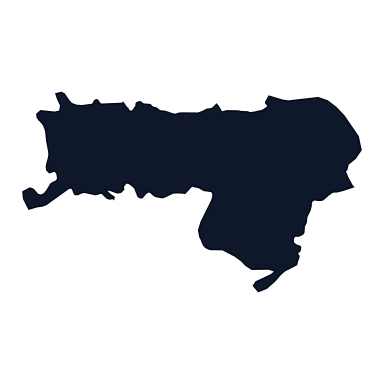 Sremski, Albers equal-area conic projection
{"feature_id": "SRB-281", "entity_name": "Sremski", "entity_type": "District", "adm_level": 1, "iso_a3": "SRB", "parent_name": "Republic of Serbia", "parent_adm1": "", "projection": "albers", "projection_center": [19.679, 44.916], "detail": "fine", "context": "isolated", "style": "filled", "palette": "ink", "viewbox_px": 384, "rotation_deg": 0, "n_neighbors": 0, "source": "natural_earth", "source_scale": "10m", "svg_char_len": 4609}
<svg xmlns="http://www.w3.org/2000/svg" viewBox="0 0 384 384"><path d="M75.2,194.5L73.9,192.8L73.0,189.8L71.5,187.7L68.4,188.5L46.0,204.6L42.0,206.0L36.9,206.7L28.9,209.1L23.7,198.8L23.0,191.8L29.8,188.1L33.1,189.2L38.0,194.7L41.7,195.2L44.6,193.4L46.9,190.5L50.9,183.9L53.2,182.4L56.1,181.2L57.9,178.7L56.9,173.3L54.7,170.8L49.6,172.7L46.9,170.2L46.4,166.7L47.3,162.4L48.5,158.2L49.1,154.9L48.8,151.3L46.8,140.9L46.0,132.5L45.2,129.1L43.4,124.7L41.6,122.5L39.1,120.0L37.2,117.3L36.9,114.1L40.7,110.8L54.5,112.3L59.8,111.2L60.8,105.6L57.7,99.0L56.0,93.8L61.5,92.5L64.4,94.1L69.0,100.9L71.6,103.6L76.3,105.4L81.6,105.8L91.9,104.5L93.2,103.6L93.9,102.0L94.8,100.5L96.6,99.7L97.8,100.4L99.8,103.4L100.9,104.3L122.3,103.4L123.1,102.6L124.6,104.7L126.3,107.2L126.7,107.6L127.3,108.2L127.7,108.5L127.8,108.7L128.1,109.1L128.5,109.9L128.6,110.1L128.8,110.3L128.9,110.5L129.1,110.6L130.4,111.3L130.8,111.5L131.0,111.5L131.4,111.5L131.7,111.5L131.9,111.4L132.0,111.2L132.5,110.8L133.1,110.2L133.6,109.6L136.4,105.5L136.2,105.2L136.1,104.4L136.2,103.8L136.5,103.2L136.9,102.8L137.5,102.5L138.7,102.0L139.6,101.8L140.0,101.8L140.5,101.9L141.0,102.2L142.3,103.5L142.9,103.8L143.5,104.0L144.5,104.2L150.2,104.7L150.4,104.9L151.6,106.3L152.3,106.9L152.8,107.2L153.4,107.4L155.1,107.7L155.9,107.9L156.5,108.2L157.0,108.5L158.7,110.1L159.8,110.7L160.4,110.9L161.3,111.1L164.3,111.3L165.2,111.5L167.8,112.3L171.4,113.6L173.9,114.3L174.6,114.4L175.4,114.4L179.0,113.3L179.9,113.2L180.9,113.1L183.9,113.1L198.2,113.2L203.0,111.4L204.8,110.5L206.1,109.7L206.7,109.4L207.5,109.2L210.8,108.9L211.5,108.7L212.2,108.3L212.9,107.9L214.2,106.7L216.6,104.3L219.2,107.8L221.2,111.3L221.6,111.7L222.1,111.9L222.6,112.0L223.0,111.9L225.2,111.2L226.1,111.0L228.1,110.9L232.1,110.9L236.4,111.0L238.6,111.1L239.5,111.3L240.0,111.5L243.9,111.8L247.4,111.9L247.8,112.0L248.9,112.5L249.3,112.6L251.0,112.8L255.2,112.1L256.8,111.7L258.0,111.4L261.3,110.9L262.1,110.5L262.9,110.2L263.7,109.7L266.0,108.1L267.1,107.3L267.7,106.7L267.9,106.4L268.0,106.0L267.8,105.5L267.5,104.9L266.4,103.8L265.9,103.2L265.7,102.8L265.7,102.3L265.8,101.9L266.1,101.5L269.0,96.2L283.0,100.4L288.5,101.1L318.1,97.7L327.4,100.9L335.9,107.4L341.1,112.9L344.0,115.9L356.4,134.0L358.1,136.5L361.0,150.0L355.2,158.4L348.0,164.3L346.6,170.0L344.7,170.1L347.9,178.0L351.8,185.1L353.3,186.9L342.5,190.4L336.9,191.8L333.9,191.9L333.1,192.0L332.0,192.3L331.3,192.8L329.9,194.0L328.2,195.1L326.3,196.9L323.2,199.5L322.7,199.8L322.0,200.1L321.3,200.2L319.3,200.3L317.3,200.2L315.3,199.8L314.6,199.8L314.0,199.9L313.5,200.2L312.9,200.5L311.8,201.5L311.4,202.2L311.2,202.7L311.1,203.2L311.1,205.3L311.0,206.0L310.2,209.5L309.4,211.4L306.7,217.0L306.4,219.4L306.2,222.0L306.0,222.8L305.6,223.5L304.8,225.0L304.4,225.8L304.2,226.7L304.1,227.6L303.9,231.4L303.8,232.3L303.6,232.9L303.3,233.4L302.4,234.2L301.5,234.8L299.8,235.6L298.1,236.1L297.3,236.1L296.3,236.0L295.6,236.0L295.1,236.1L294.7,236.3L294.2,236.8L293.6,237.9L293.4,238.4L293.2,239.3L293.1,240.4L293.2,241.4L293.4,242.4L293.6,242.9L294.0,243.4L294.9,244.2L295.8,244.8L297.6,245.6L299.6,246.2L300.0,246.5L300.4,247.0L300.5,247.6L300.5,248.3L300.1,250.0L299.9,250.7L299.5,251.3L299.1,251.6L297.7,252.6L297.4,252.9L297.2,253.4L297.3,253.8L298.6,255.5L298.8,256.1L298.9,256.8L298.8,257.3L298.2,259.2L297.6,260.4L296.6,264.6L284.5,270.9L280.0,274.9L274.9,280.9L266.6,288.2L258.4,291.5L253.5,285.8L256.0,281.9L270.6,275.0L275.7,271.4L268.9,269.0L251.8,269.2L245.7,265.2L241.5,260.7L234.9,256.0L222.6,249.6L209.8,249.4L205.8,247.5L203.6,245.1L202.4,242.5L201.4,239.7L199.8,236.7L198.7,230.1L201.1,222.2L211.8,200.5L213.1,196.0L212.7,192.3L210.7,191.3L204.0,190.4L198.6,187.4L194.4,186.6L192.0,185.7L184.9,193.3L184.0,193.1L182.1,192.9L176.9,192.7L174.9,192.8L173.9,192.8L172.9,193.0L171.2,193.7L166.9,195.9L164.5,197.0L163.5,197.4L162.7,197.5L161.9,197.5L161.1,197.5L159.3,197.1L156.9,196.7L155.6,196.3L154.1,195.5L153.4,195.0L151.1,192.8L150.5,192.3L149.9,192.0L149.2,191.8L148.8,191.8L148.1,192.0L147.4,192.3L146.3,193.0L145.7,193.6L144.7,194.7L143.5,196.2L142.6,197.2L141.9,197.6L141.4,197.8L140.8,197.8L140.3,197.7L139.3,197.3L138.8,197.0L138.2,196.4L137.7,195.7L137.0,193.5L136.0,191.3L135.3,189.1L134.9,188.4L133.9,187.2L132.6,186.0L129.8,183.9L129.1,183.5L127.9,183.1L127.1,183.0L126.3,183.0L125.8,183.1L123.2,186.5L123.6,189.4L120.9,192.2L117.2,192.8L109.5,190.0L105.6,189.8L109.7,194.2L114.1,197.2L113.6,199.0L112.6,197.9L112.6,198.3L111.9,198.6L109.4,198.9L106.9,198.0L102.0,193.2L99.8,193.2L97.7,194.2L95.5,194.6L84.5,192.2L82.0,192.6L77.6,194.5L75.2,194.5Z" fill="#0f172a" stroke="#020617" stroke-width="1.5"/></svg>